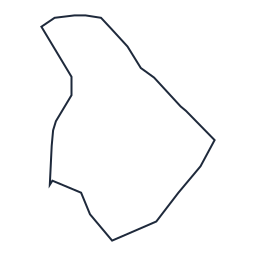 Dong-gu [East District], South Jeolla, South Korea
{"feature_id": "91817680B89733153975870", "entity_name": "Dong-gu [East District]", "entity_type": "district", "adm_level": 2, "iso_a3": "KOR", "parent_name": "South Korea", "parent_adm1": "South Jeolla", "projection": "equal_earth", "projection_center": [126.949, 35.114], "detail": "fine", "context": "isolated", "style": "outline", "palette": "slate", "viewbox_px": 256, "rotation_deg": 0, "n_neighbors": 0, "source": "geoboundaries", "source_scale": "gbopen_adm2", "svg_char_len": 425}
<svg xmlns="http://www.w3.org/2000/svg" viewBox="0 0 256 256"><path d="M200.5,166.3L214.6,140.1L186.0,110.9L180.6,106.4L154.1,77.6L140.8,68.0L127.5,46.5L109.9,27.3L101.0,17.8L85.5,15.4L78.9,15.4L74.5,15.4L54.6,17.8L41.4,26.7L71.5,76.8L71.5,95.2L55.9,121.2L53.1,130.4L51.7,145.8L49.8,184.8L52.4,180.7L81.1,192.7L90.0,214.3L112.1,240.6L156.3,221.5L178.4,192.7L200.5,166.3Z" fill="none" stroke="#1e293b" stroke-width="2"/></svg>